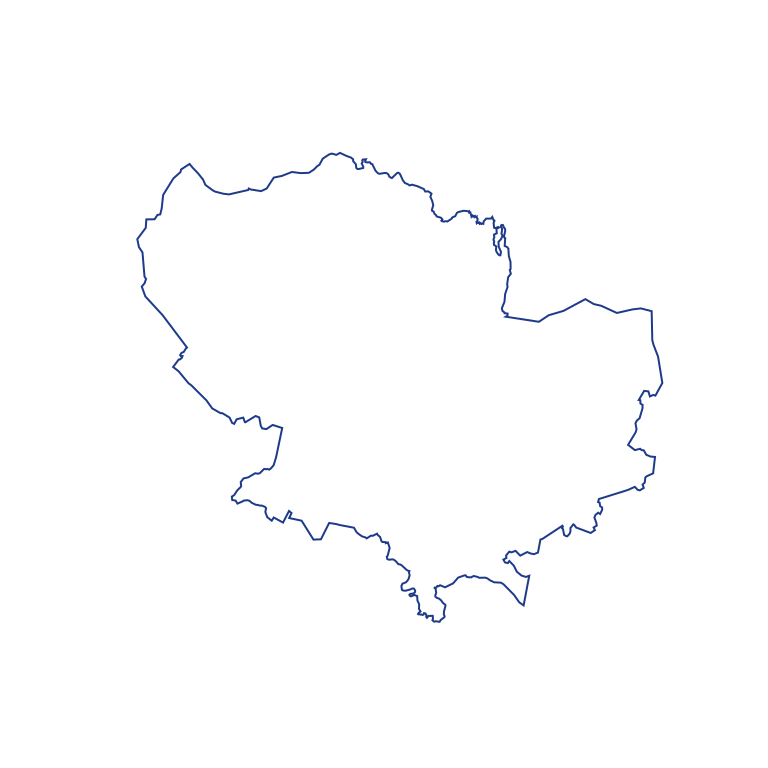 Pildas pag., Ludzas, Latvia (Albers equal-area conic projection), rotated 112°
{"feature_id": "27541924B23145226159643", "entity_name": "Pildas pag.", "entity_type": "district", "adm_level": 2, "iso_a3": "LVA", "parent_name": "Latvia", "parent_adm1": "Ludzas", "projection": "albers", "projection_center": [27.751, 56.365], "detail": "fine", "context": "isolated", "style": "outline", "palette": "blue", "viewbox_px": 768, "rotation_deg": 112, "n_neighbors": 0, "source": "geoboundaries", "source_scale": "gbopen_adm2", "svg_char_len": 6166}
<svg xmlns="http://www.w3.org/2000/svg" viewBox="0 0 768 768"><g transform="rotate(112 384 384)"><path d="M537.0,171.6L507.4,177.5L509.7,180.1L510.1,184.7L508.3,190.5L503.8,195.6L501.2,201.5L503.7,202.1L504.1,205.0L502.1,207.5L499.4,205.3L497.3,206.6L492.5,205.0L492.3,202.7L489.4,199.5L492.1,193.4L486.2,188.3L486.2,184.3L485.6,181.2L482.6,178.1L469.6,180.7L468.3,179.1L448.6,165.5L449.3,164.7L451.1,164.8L451.5,163.7L456.5,160.4L456.8,158.2L456.5,157.0L453.2,155.8L450.8,155.9L447.7,157.2L443.2,155.9L443.3,155.0L445.1,152.0L444.7,136.6L440.5,133.7L438.5,135.9L435.6,133.7L433.1,135.2L429.0,138.9L426.2,138.9L423.1,137.2L423.6,134.9L418.8,134.6L416.8,135.5L416.3,137.8L413.2,139.7L413.3,141.2L410.2,141.7L390.9,118.2L385.4,112.9L387.1,109.2L386.8,107.0L383.0,104.2L380.4,106.6L377.8,105.3L372.6,106.7L371.0,105.7L366.0,101.0L350.1,105.4L351.4,109.6L351.4,114.2L348.2,118.3L348.8,120.4L348.1,122.2L351.3,126.6L349.0,134.9L334.6,132.6L331.3,132.9L326.3,136.1L323.4,135.9L319.9,134.2L309.8,135.2L306.5,136.4L306.1,138.9L303.0,140.3L303.4,141.8L292.9,140.2L291.8,136.1L295.9,132.8L293.3,130.3L293.1,128.0L278.8,126.3L255.9,140.2L246.8,148.7L242.8,151.7L216.2,163.1L217.7,174.2L221.8,181.6L230.9,194.7L230.1,211.9L231.3,219.4L229.9,229.1L249.0,245.0L258.5,257.0L268.3,263.7L276.0,296.3L274.3,295.1L272.4,295.8L273.2,298.7L272.6,299.0L271.8,301.6L269.6,303.1L262.6,303.1L255.1,305.4L247.7,305.8L245.3,307.2L238.4,308.9L234.3,307.7L231.1,310.1L230.1,309.7L227.7,310.6L223.3,312.5L218.6,316.2L211.9,319.4L210.9,321.2L210.8,323.8L203.3,326.3L203.1,327.3L202.4,328.0L196.4,329.0L194.7,330.0L193.7,331.7L192.1,333.2L192.2,334.1L192.7,334.7L193.8,334.8L196.0,332.5L200.6,331.4L202.2,329.6L205.9,329.8L209.4,331.1L213.8,329.0L217.7,325.0L221.9,324.2L221.2,324.7L221.3,325.8L220.8,327.0L219.2,329.3L217.7,330.5L214.4,331.4L213.8,334.1L212.1,335.0L210.5,335.2L209.2,336.6L206.6,336.7L204.3,338.0L202.0,335.9L198.1,337.9L195.8,336.0L195.7,337.1L197.6,339.0L197.9,340.4L193.7,342.7L191.3,342.7L191.0,343.2L191.2,343.6L188.5,346.2L190.5,346.7L192.4,351.2L195.9,352.5L198.3,351.9L198.4,352.9L199.2,353.8L198.6,354.7L199.6,355.3L198.6,356.4L199.4,356.8L199.5,357.8L200.2,358.2L199.0,359.0L198.1,358.5L195.8,359.0L194.9,360.5L194.1,360.8L194.7,361.2L194.5,362.0L194.9,362.2L194.3,362.6L194.8,362.9L194.5,363.3L194.7,364.2L194.4,365.2L194.7,365.6L195.4,365.1L195.3,365.6L195.9,365.7L192.6,368.2L193.0,368.8L192.1,369.5L192.5,369.7L192.1,369.9L193.5,375.0L196.7,379.5L198.0,380.5L201.7,380.8L203.7,382.9L205.5,383.3L209.6,386.1L209.8,387.5L211.1,389.5L211.1,390.7L211.4,391.5L211.1,392.0L209.5,391.5L208.5,393.4L208.9,398.0L208.0,398.9L207.2,401.0L205.5,402.6L205.5,404.1L204.8,404.8L199.8,405.3L196.3,407.8L193.1,411.1L189.7,411.3L188.8,415.1L190.1,417.9L188.3,420.1L188.1,427.3L188.7,432.6L190.3,434.7L189.8,436.8L189.8,439.9L188.1,442.8L183.4,447.7L182.8,449.3L182.8,450.1L183.7,451.0L190.1,453.8L190.1,455.0L189.7,456.8L188.0,458.5L187.5,460.7L188.0,462.3L190.8,466.9L190.9,468.5L189.4,471.8L184.5,477.3L184.7,478.5L183.7,480.2L184.9,482.7L185.2,484.4L184.3,485.0L182.4,484.9L183.8,487.7L184.7,488.0L185.9,487.0L187.9,487.3L190.3,484.6L191.5,484.2L194.1,487.9L194.6,489.3L194.0,490.7L190.8,492.4L188.9,496.1L187.2,496.8L186.4,499.6L186.6,503.8L186.2,511.4L189.4,514.0L189.9,518.7L191.6,520.8L198.0,525.2L204.9,526.0L207.2,527.6L211.4,529.3L216.3,532.7L219.7,540.3L221.9,548.8L229.3,556.6L233.9,563.5L246.7,566.0L251.2,570.2L253.6,580.6L253.4,582.6L255.0,582.6L266.3,598.8L267.8,604.4L268.9,612.8L268.6,615.3L266.3,624.2L262.2,628.4L258.3,635.4L255.0,642.7L252.8,646.7L261.1,652.5L263.8,652.1L272.3,656.3L291.4,659.6L304.4,655.9L310.6,655.0L312.1,657.4L317.2,658.4L320.4,666.0L328.5,663.4L342.1,667.0L348.9,662.5L352.5,657.2L374.1,646.3L375.7,644.0L380.2,643.7L384.4,645.1L392.2,638.1L403.1,615.1L424.0,580.3L425.3,581.0L429.3,581.7L430.9,583.3L432.1,583.7L433.6,583.8L434.2,582.9L433.6,581.3L435.3,581.2L437.7,582.4L438.2,583.5L447.2,585.9L449.2,579.1L456.6,565.4L457.3,562.4L465.7,542.5L471.0,534.1L472.3,524.6L471.6,523.0L473.0,514.6L477.0,510.2L477.1,508.0L471.9,507.4L467.9,501.9L471.5,498.7L471.4,498.2L461.8,491.1L461.7,487.2L468.9,482.6L470.8,480.3L469.9,476.2L463.7,471.9L462.9,461.9L492.4,456.6L500.5,455.9L504.6,457.2L506.4,458.4L506.5,460.4L507.2,461.3L507.6,463.3L513.3,465.8L514.4,467.3L515.0,470.0L521.4,474.9L524.2,478.9L528.6,480.1L532.2,478.2L533.3,478.3L537.5,480.2L543.2,481.3L545.4,482.9L548.4,481.3L547.7,477.9L549.8,475.1L545.9,471.2L544.7,470.5L542.9,467.0L542.7,464.9L543.7,462.2L544.0,457.4L543.4,455.9L543.3,453.7L542.5,451.8L542.5,448.4L543.3,446.8L547.1,446.1L551.2,442.4L552.8,436.9L549.1,436.2L550.3,425.7L537.3,424.5L538.3,421.4L543.8,421.7L541.6,409.2L554.7,391.1L551.6,384.3L533.4,382.8L531.7,375.6L531.4,372.6L528.5,358.0L531.5,354.2L532.4,352.0L533.5,347.2L533.2,343.6L533.6,342.2L529.5,339.3L529.0,337.6L525.4,334.4L526.2,333.5L527.3,330.3L530.6,327.5L531.1,326.4L530.0,323.2L530.9,322.7L529.5,321.0L534.0,317.3L541.9,316.3L543.2,316.7L545.1,315.3L545.0,313.4L543.5,310.7L543.2,309.2L543.9,306.6L545.7,303.2L545.3,301.5L545.4,300.0L547.8,293.6L548.1,292.1L547.9,290.4L549.3,290.3L551.9,288.5L556.1,288.2L559.6,289.3L562.2,292.1L564.8,292.2L568.2,290.2L568.3,288.9L567.6,286.6L564.7,282.7L563.0,281.2L562.5,279.5L564.0,277.6L565.6,277.3L567.2,278.2L568.7,280.9L570.0,281.5L570.7,280.6L570.8,279.4L568.2,276.8L568.2,273.8L572.2,271.9L575.1,268.9L579.4,267.3L581.3,264.9L582.9,266.0L584.5,266.3L584.7,265.9L584.2,265.2L584.2,263.9L583.7,263.1L583.7,261.7L582.8,260.9L581.5,261.1L581.2,260.3L581.9,258.4L584.1,257.6L584.7,256.6L582.4,255.9L580.7,252.0L583.4,250.6L584.9,250.6L585.6,248.4L584.6,247.3L583.7,243.4L581.5,243.0L577.7,240.7L576.6,240.8L575.4,242.1L572.4,243.2L566.6,243.9L565.7,244.5L564.8,247.6L563.2,250.0L562.4,252.4L562.5,254.8L562.0,256.6L561.0,257.2L558.0,257.4L554.5,259.5L554.1,260.7L553.7,260.6L553.3,259.3L551.2,258.8L551.0,257.6L549.6,256.6L549.6,251.2L542.9,245.2L535.7,242.7L531.3,237.7L530.8,236.7L531.9,234.9L530.8,231.0L528.4,228.9L527.8,224.8L528.0,223.1L525.6,217.5L525.5,215.4L526.3,212.1L526.6,207.6L524.4,201.2L524.9,198.2L530.9,184.3L535.7,176.9L537.0,171.6Z" fill="none" stroke="#1e3a8a" stroke-width="2"/></g></svg>